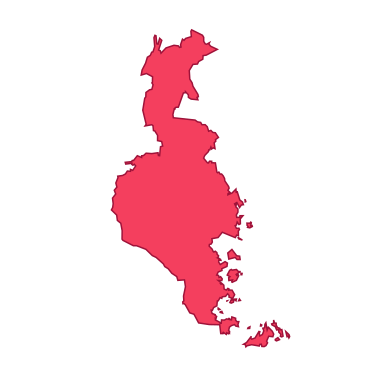 Pesawaran, Lampung, Indonesia (Natural Earth projection), rotated 354°
{"feature_id": "22746128B94381737455512", "entity_name": "Pesawaran", "entity_type": "district", "adm_level": 2, "iso_a3": "IDN", "parent_name": "Indonesia", "parent_adm1": "Lampung", "projection": "natural_earth1", "projection_center": [105.16, -5.482], "detail": "fine", "context": "isolated", "style": "filled", "palette": "rose", "viewbox_px": 384, "rotation_deg": 354, "n_neighbors": 0, "source": "geoboundaries", "source_scale": "gbopen_adm2", "svg_char_len": 6120}
<svg xmlns="http://www.w3.org/2000/svg" viewBox="0 0 384 384"><g transform="rotate(354 192 192)"><path d="M224.0,140.5L221.4,135.5L218.9,134.9L217.2,132.7L214.9,133.3L214.0,128.7L212.1,126.4L208.9,126.1L207.9,123.7L204.8,122.8L202.6,120.8L181.2,116.2L181.1,113.0L182.7,108.4L183.7,107.7L183.2,107.2L184.8,106.1L187.3,106.2L193.8,92.6L195.9,92.6L196.0,91.6L198.5,94.9L198.3,97.5L200.8,99.5L207.5,100.9L206.9,98.4L208.3,97.9L208.1,95.6L204.0,86.9L203.5,83.4L201.6,79.5L202.0,70.9L206.3,65.2L210.8,65.3L212.3,62.9L216.6,61.1L217.3,57.5L220.4,57.4L232.1,52.8L225.8,49.0L224.2,46.6L225.0,45.3L221.9,46.6L220.6,46.0L219.4,43.4L219.8,39.4L218.8,37.2L208.6,30.7L207.7,32.1L207.6,37.4L201.7,38.6L199.9,40.3L198.5,39.0L196.0,44.4L196.2,46.7L194.7,46.9L193.8,45.3L189.4,44.2L181.2,46.0L175.7,50.7L175.2,48.2L173.6,47.3L177.8,38.0L175.9,35.8L173.7,41.4L172.5,41.0L172.5,32.8L171.5,32.3L170.3,34.6L170.1,43.5L168.0,48.2L168.5,48.3L166.5,48.8L164.8,51.8L161.7,53.3L159.3,59.0L155.1,65.5L153.7,70.4L159.1,69.4L164.8,73.2L164.1,78.8L163.5,79.3L164.5,81.2L162.8,85.7L160.5,85.9L156.6,88.2L156.0,92.6L154.8,93.8L151.6,105.5L153.5,119.8L152.2,121.4L159.0,120.9L160.1,121.9L160.1,126.9L161.4,127.4L163.7,132.1L163.1,137.3L167.1,138.6L167.6,143.2L165.4,143.7L163.6,152.5L162.4,152.2L162.3,149.4L156.0,149.6L150.4,148.6L147.6,150.7L145.7,150.7L145.5,152.4L141.4,150.2L137.2,154.5L135.9,154.4L135.0,155.5L128.7,155.5L129.0,157.3L135.3,157.2L135.0,158.2L136.0,159.2L135.5,159.5L137.5,158.4L138.7,160.2L135.3,164.3L133.2,163.1L133.0,165.0L129.9,164.4L127.7,167.1L124.7,168.3L119.8,168.5L119.9,169.9L117.2,175.1L117.8,179.3L114.9,182.1L115.9,186.0L112.3,189.8L112.4,195.4L111.5,199.1L110.0,201.4L114.7,207.1L114.8,212.5L117.9,215.6L118.5,223.1L117.5,231.6L118.3,232.9L128.1,239.3L131.2,239.6L140.2,244.2L145.9,251.1L149.5,253.3L156.0,260.5L157.1,263.3L160.3,265.8L163.4,270.7L168.0,274.5L168.7,278.4L175.3,278.6L175.6,285.5L172.7,294.6L172.5,299.4L171.3,300.3L171.3,302.2L172.5,302.2L173.6,303.5L177.2,312.0L181.2,313.8L184.9,322.9L195.3,325.6L205.7,326.9L205.8,335.8L208.1,336.1L208.7,335.7L207.9,334.4L211.2,337.2L211.9,335.6L213.2,336.8L213.9,336.0L214.5,336.5L214.8,334.5L213.9,333.7L215.1,330.3L217.3,329.0L220.4,328.3L221.5,329.9L224.1,330.8L223.8,328.8L225.0,325.8L223.1,325.6L222.0,324.0L222.2,322.1L218.6,320.4L217.9,323.3L216.6,323.0L216.2,321.8L215.5,321.7L215.6,322.6L213.1,321.8L210.8,322.8L208.0,322.3L207.3,325.6L206.2,325.5L205.9,324.4L201.9,321.7L202.0,320.0L202.6,320.4L203.5,318.3L202.1,317.2L202.3,316.4L199.3,314.9L198.8,311.5L200.0,311.7L201.4,309.2L204.8,307.8L205.8,303.0L206.7,303.0L208.9,300.0L210.5,300.9L211.1,299.4L214.5,299.3L216.8,296.9L218.1,298.8L217.8,300.4L220.4,301.7L219.6,303.5L220.3,303.5L223.7,298.6L221.6,293.8L218.6,293.4L217.8,294.0L218.7,292.4L217.6,291.6L215.9,293.1L213.8,291.9L213.9,288.0L212.4,286.3L211.2,286.8L210.8,286.1L212.1,286.0L208.8,282.7L212.4,283.2L213.0,281.6L211.6,279.2L210.0,279.8L209.7,277.7L207.9,277.2L209.7,274.3L213.6,273.2L213.6,271.4L219.0,269.7L219.8,266.4L217.6,264.7L211.9,267.4L212.5,266.8L211.2,264.6L211.5,262.6L213.6,263.0L213.3,261.9L211.0,260.5L211.6,260.5L210.9,259.7L211.8,258.3L210.5,256.6L210.4,254.8L208.9,253.3L207.5,254.0L206.9,253.5L206.0,250.8L203.4,247.6L203.8,246.0L205.7,245.7L207.0,243.9L206.9,240.5L213.2,240.0L217.9,235.2L230.3,241.9L231.9,239.6L233.6,240.3L234.0,235.6L235.3,234.3L234.9,232.9L232.4,232.8L231.4,230.0L232.7,229.5L233.8,226.6L235.3,229.3L236.8,228.7L237.2,223.8L240.2,220.9L237.2,220.6L236.8,222.2L233.8,221.9L233.7,219.5L235.6,216.8L235.9,213.6L234.1,211.4L234.9,208.2L233.7,209.7L233.1,208.2L235.5,207.1L237.7,212.4L239.7,210.1L241.8,210.0L241.1,207.2L238.7,204.9L236.9,195.9L236.6,197.1L235.9,197.0L236.0,193.7L231.7,197.2L227.4,198.5L227.7,197.3L229.7,196.3L227.9,194.1L229.3,192.1L229.0,190.4L225.8,184.3L225.8,182.0L224.7,179.2L223.3,177.2L221.9,177.2L220.8,175.0L219.4,175.5L218.8,174.8L218.3,165.5L214.7,165.0L214.8,163.5L212.6,163.2L211.4,164.8L210.4,164.6L207.1,159.6L208.5,157.0L212.6,153.5L213.0,151.9L214.1,152.0L215.5,149.3L216.0,151.3L217.7,150.3L219.4,151.3L219.2,145.4L221.0,143.9L220.8,142.4L224.0,140.5ZM252.3,337.1L251.8,329.8L250.7,331.2L250.1,334.6L248.2,334.9L248.9,337.6L247.1,341.1L244.5,342.2L244.1,339.8L244.9,338.1L244.0,337.7L239.4,343.8L236.0,344.6L235.2,343.7L235.9,341.7L230.5,347.4L227.4,348.8L229.0,349.2L229.4,351.6L230.6,350.7L235.3,350.1L242.8,352.2L243.5,350.6L245.0,350.6L245.3,352.9L247.6,353.3L249.5,352.5L251.4,349.9L250.6,348.2L253.2,343.5L257.3,344.4L258.4,341.9L257.3,338.9L254.2,334.9L253.7,334.4L252.3,337.1ZM223.8,273.9L223.0,273.1L221.3,273.8L218.3,278.3L220.9,280.2L219.5,281.0L219.4,283.9L223.1,283.7L222.1,285.5L222.5,286.0L226.9,284.5L229.7,280.1L229.3,279.1L227.8,279.7L227.3,278.6L232.0,276.1L230.0,276.1L228.1,273.7L223.8,273.9ZM225.7,253.3L221.2,256.4L221.6,262.6L228.2,261.6L229.6,263.8L232.8,264.2L232.7,260.8L229.8,260.1L225.7,253.3ZM260.4,330.9L259.8,327.8L259.5,331.0L257.4,331.5L257.6,332.5L260.7,334.6L261.8,338.1L263.8,337.9L263.7,340.5L265.5,342.8L264.8,344.8L266.1,345.5L267.5,344.9L267.0,338.2L265.6,338.3L265.0,336.7L262.9,335.8L261.8,333.2L262.0,331.3L260.4,330.9ZM247.8,228.7L247.3,228.1L246.3,229.1L243.4,228.7L243.3,231.0L244.2,232.2L243.6,233.0L245.8,233.7L248.4,232.6L248.2,231.5L246.8,231.6L247.8,228.7ZM274.0,346.0L273.6,344.0L270.7,340.6L271.4,345.9L272.6,345.5L273.1,347.3L274.0,346.0ZM222.6,303.5L219.3,303.9L218.1,305.9L219.4,306.6L221.7,305.9L222.6,303.5ZM262.2,345.8L259.4,347.3L259.4,348.2L260.5,348.9L263.6,348.0L262.2,345.8ZM209.2,313.8L207.6,314.0L207.4,314.7L209.7,315.6L209.2,313.8ZM237.1,245.1L232.8,241.8L233.6,243.5L237.1,245.1ZM235.5,332.1L233.6,332.8L233.2,333.6L235.1,333.7L235.5,332.1ZM228.8,304.9L228.0,303.4L227.0,305.0L228.8,304.9ZM225.0,303.1L222.9,303.0L224.4,304.8L225.0,303.1ZM205.9,310.2L205.7,311.3L206.1,311.9L207.4,311.6L205.9,310.2ZM244.5,207.2L244.2,205.4L243.9,205.3L243.9,207.4L244.5,207.2ZM232.2,278.0L232.1,279.4L232.9,279.5L233.3,278.2L232.2,278.0ZM246.5,330.9L246.1,332.4L247.0,332.5L247.5,331.6L246.5,330.9ZM215.2,304.2L215.6,303.9L214.7,304.0L215.2,304.2Z" fill="#f43f5e" stroke="#9f1239" stroke-width="1.5"/></g></svg>